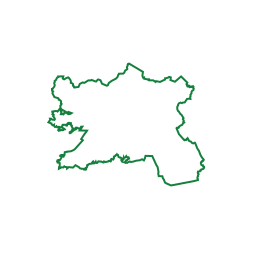 Mārcienas pag., Madona, Latvia (orthographic projection), rotated 214°
{"feature_id": "27541924B30682574084031", "entity_name": "Mārcienas pag.", "entity_type": "district", "adm_level": 2, "iso_a3": "LVA", "parent_name": "Latvia", "parent_adm1": "Madona", "projection": "orthographic", "projection_center": [26.093, 56.777], "detail": "fine", "context": "isolated", "style": "outline", "palette": "green", "viewbox_px": 256, "rotation_deg": 214, "n_neighbors": 0, "source": "geoboundaries", "source_scale": "gbopen_adm2", "svg_char_len": 5826}
<svg xmlns="http://www.w3.org/2000/svg" viewBox="0 0 256 256"><g transform="rotate(214 128 128)"><path d="M199.9,99.0L198.6,98.6L198.3,97.1L197.0,97.4L196.5,96.5L196.7,95.9L194.0,94.9L193.5,94.3L193.5,93.6L195.7,92.5L197.0,92.7L197.9,92.1L197.1,91.4L197.1,88.2L194.0,89.0L193.5,88.4L192.0,88.1L191.7,88.3L191.2,89.3L190.8,88.5L189.2,88.0L188.5,88.6L188.3,89.5L187.0,89.0L186.6,89.2L186.0,90.4L184.7,90.8L184.7,87.2L183.9,87.0L183.5,87.8L184.0,88.5L183.7,88.7L182.8,88.1L182.1,89.1L181.3,89.3L180.6,90.0L180.8,90.7L179.8,91.5L180.3,91.7L183.2,91.4L183.9,93.5L183.6,93.7L183.8,94.2L183.0,94.8L181.7,95.6L180.4,95.5L179.9,96.0L180.7,97.3L180.4,98.8L179.7,99.3L179.1,98.3L178.7,98.5L178.9,99.5L178.1,100.1L177.0,98.7L176.6,98.4L175.9,98.6L175.5,97.7L173.4,96.9L173.5,96.2L173.1,94.3L173.3,92.9L174.0,92.0L173.7,91.3L173.2,91.2L172.8,91.7L171.5,96.4L170.4,97.8L170.6,98.4L171.6,98.3L171.3,99.3L170.0,99.9L169.8,99.6L169.2,99.9L168.6,99.8L167.4,100.7L167.4,102.1L167.6,102.1L167.6,102.9L166.6,103.6L166.5,99.9L166.6,99.0L160.5,102.9L160.4,101.2L160.7,98.9L160.6,92.6L158.6,92.6L160.2,81.0L160.7,79.4L162.3,76.8L165.3,74.3L165.2,74.2L166.9,72.6L165.4,69.8L165.4,69.5L165.9,69.1L165.5,68.1L166.1,67.8L167.0,69.2L168.1,68.4L168.7,67.6L168.7,66.9L167.0,67.0L166.5,65.5L166.6,63.7L166.5,63.3L167.6,62.8L168.4,61.8L168.1,60.7L167.6,60.6L167.1,60.0L166.6,60.2L166.5,61.2L165.0,60.8L163.3,58.2L163.3,57.0L162.5,55.6L161.0,58.4L159.6,59.1L159.4,60.5L158.9,60.4L156.6,61.4L155.9,60.4L155.2,62.5L151.5,64.4L150.7,67.8L146.8,68.1L145.5,67.7L143.5,68.3L142.7,69.0L142.1,69.2L141.4,68.9L139.7,69.8L139.6,70.4L139.8,70.7L140.8,70.6L140.9,71.2L140.2,71.8L140.1,72.5L140.4,73.5L141.1,74.2L140.4,75.1L140.6,75.3L139.9,76.7L138.1,78.2L138.4,79.0L138.3,80.7L138.2,80.9L137.0,80.3L136.9,79.4L136.4,79.6L135.8,80.6L135.9,82.0L135.4,81.6L134.3,81.5L133.9,82.0L133.9,83.8L131.7,84.9L131.6,85.2L129.1,85.6L128.8,86.0L129.1,86.9L127.7,87.2L125.8,89.0L125.7,89.7L124.9,90.5L123.7,90.6L123.7,91.2L124.4,91.9L124.5,93.0L124.3,93.2L123.8,92.9L123.4,93.4L122.6,93.6L122.8,95.3L123.5,95.9L123.7,96.4L123.6,96.8L122.8,97.8L123.0,98.6L122.5,99.3L122.5,100.0L121.8,99.7L121.0,99.6L120.9,99.8L119.6,98.7L118.5,98.8L117.9,99.3L116.6,99.4L115.4,97.4L114.0,96.8L113.7,96.9L115.3,98.1L115.7,99.1L115.2,99.4L114.6,99.0L114.1,99.3L114.9,101.0L114.6,100.8L113.9,101.9L113.7,103.7L112.9,103.2L112.2,103.4L111.4,104.0L110.9,104.0L110.7,103.6L110.0,103.2L110.9,101.6L110.7,101.0L111.5,100.2L111.4,99.5L111.0,98.9L111.6,97.8L110.8,97.6L110.3,98.2L109.3,98.5L108.5,100.3L108.0,100.7L107.8,101.3L106.7,101.4L105.1,102.8L103.0,105.4L99.9,108.1L99.3,109.4L98.7,110.0L96.7,110.0L97.1,112.5L97.9,114.7L92.2,118.3L83.9,113.2L81.5,112.1L78.0,108.5L77.6,107.3L75.6,105.3L72.5,107.2L70.9,105.8L69.4,105.3L66.9,103.5L65.6,103.5L60.4,104.4L58.9,105.7L43.7,120.8L40.9,123.9L41.5,124.8L42.3,125.1L42.8,125.9L43.0,126.4L42.9,127.3L43.6,127.9L43.6,129.2L44.9,129.7L45.3,130.1L45.6,131.0L44.2,132.2L44.3,133.0L44.0,133.0L43.8,133.4L44.0,133.7L44.1,134.5L42.7,136.2L42.7,137.7L43.0,138.1L43.5,137.8L44.0,138.0L44.0,138.5L44.6,138.6L45.0,139.0L46.1,138.4L46.5,138.4L47.9,139.5L48.3,140.3L48.2,141.4L47.8,141.4L47.6,142.0L47.9,142.2L47.9,142.4L47.4,142.7L47.3,143.2L47.5,144.1L50.5,145.0L52.9,146.2L56.4,148.7L59.1,149.8L63.9,153.1L64.4,153.2L65.3,151.7L66.4,151.4L68.2,151.9L70.0,151.4L72.6,152.7L72.5,152.0L73.2,151.8L72.9,151.2L73.0,150.7L73.7,150.1L74.5,149.9L74.6,149.4L82.3,151.4L87.6,154.9L87.7,155.3L87.4,155.8L86.2,156.3L86.1,156.9L86.5,157.5L85.8,159.4L84.8,161.0L84.8,161.4L85.1,162.4L84.5,163.9L85.6,164.1L85.6,164.9L85.9,165.3L87.4,166.0L87.6,166.6L87.5,167.3L91.2,168.9L92.4,168.9L95.1,170.1L96.1,170.1L97.7,171.2L98.8,172.8L99.1,173.5L99.1,174.6L99.6,175.7L99.5,177.1L98.7,178.4L97.3,178.7L96.7,179.8L95.3,180.9L95.3,185.1L93.8,186.4L92.5,187.0L93.8,188.4L93.9,189.4L94.8,190.4L94.7,192.1L95.5,193.4L95.6,194.2L95.6,194.9L95.0,195.8L95.5,197.4L96.7,197.8L96.9,198.9L97.4,199.0L97.5,198.8L97.5,198.5L97.1,198.3L97.3,198.1L98.0,198.2L98.0,197.7L98.6,197.6L98.8,197.2L99.4,197.2L99.1,196.9L99.4,196.6L100.1,197.0L100.2,196.6L100.6,196.8L101.5,196.6L101.1,196.1L101.5,195.9L101.9,196.5L102.2,196.2L102.4,196.7L103.3,197.0L103.5,196.7L104.1,197.1L104.2,198.8L112.8,200.4L115.0,192.6L119.6,191.5L120.8,193.9L122.5,193.4L122.9,192.2L124.5,190.3L125.0,190.0L124.4,188.9L127.2,184.1L130.8,182.6L131.0,182.5L130.9,181.6L133.8,181.6L137.0,179.4L137.7,180.2L138.5,179.6L138.4,179.2L139.4,179.1L142.1,177.9L142.9,179.0L143.7,178.2L145.3,179.4L147.0,182.9L163.1,182.0L163.2,181.4L163.8,181.1L163.8,180.5L163.1,179.4L163.0,177.8L161.6,176.6L161.5,176.3L162.5,174.1L162.0,171.7L162.4,170.4L165.9,167.9L165.6,167.0L165.8,166.6L165.2,164.3L165.7,161.9L167.8,158.1L169.1,154.6L168.6,152.2L169.2,151.2L174.4,150.2L177.5,152.2L179.6,151.7L180.1,151.2L180.4,148.8L181.0,148.4L185.1,147.5L185.3,146.8L187.5,145.3L189.4,141.0L191.1,140.4L192.6,137.6L192.0,134.4L195.2,131.5L195.6,131.6L196.0,132.3L197.3,132.3L198.1,133.7L199.3,133.8L200.6,133.4L201.5,134.8L202.8,135.7L205.6,136.6L205.9,136.5L207.1,134.9L208.0,132.8L208.9,132.4L209.9,132.7L210.5,134.6L214.7,131.7L214.3,131.1L214.9,130.3L214.8,128.5L214.5,127.8L215.1,126.0L214.4,125.2L214.5,124.5L214.1,123.7L212.7,122.6L212.2,120.9L212.4,119.5L212.3,118.5L212.9,117.9L212.1,116.8L210.6,116.4L210.8,115.7L210.3,115.3L210.0,114.5L206.3,112.5L202.4,113.7L202.0,113.6L201.3,112.7L199.7,113.1L198.4,112.7L197.3,110.8L196.6,110.9L196.4,110.5L196.4,109.1L196.6,108.7L195.5,107.2L193.8,106.2L189.5,106.6L189.4,105.4L188.8,105.3L189.2,103.2L189.8,103.2L189.9,102.8L191.4,101.9L192.1,104.1L192.7,104.1L193.3,104.5L193.3,105.5L195.3,105.9L195.6,102.3L196.3,102.3L197.5,101.6L200.0,99.3L199.9,99.0ZM184.9,106.2L185.3,106.1L188.4,106.1L188.2,106.6L186.5,107.1L186.4,108.0L183.1,108.8L183.7,107.5L184.9,106.2Z" fill="none" stroke="#15803d" stroke-width="2"/></g></svg>